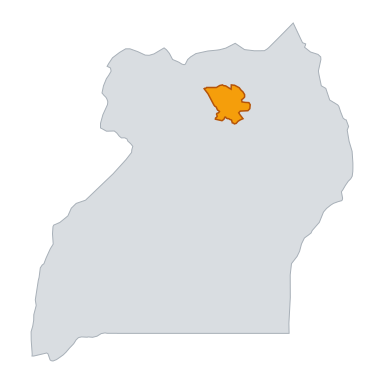 Pader on a map of Uganda (orthographic projection)
{"feature_id": "UGA-3101", "entity_name": "Pader", "entity_type": "District", "adm_level": 1, "iso_a3": "UGA", "parent_name": "Uganda", "parent_adm1": "", "projection": "orthographic", "projection_center": [32.872, 2.852], "detail": "fine", "context": "in_parent", "style": "filled", "palette": "amber", "viewbox_px": 384, "rotation_deg": 0, "n_neighbors": 0, "source": "natural_earth", "source_scale": "10m", "svg_char_len": 2979}
<svg xmlns="http://www.w3.org/2000/svg" viewBox="0 0 384 384"><path d="M289.1,333.4L282.6,333.4L272.0,333.4L261.4,333.4L250.9,333.4L240.3,333.4L229.7,333.4L219.2,333.4L208.6,333.4L198.0,333.4L187.5,333.4L176.9,333.4L166.3,333.4L155.8,333.4L145.2,333.4L134.6,333.4L124.1,333.4L113.5,333.3L107.3,333.3L106.0,333.1L105.1,332.9L101.2,333.6L97.0,336.2L92.6,337.3L88.0,336.9L87.4,337.2L85.0,337.1L81.6,336.9L78.5,337.6L76.1,339.9L73.7,343.7L69.4,348.2L66.0,352.2L63.1,355.0L56.5,359.6L53.0,361.0L51.2,360.7L50.1,359.9L48.0,353.9L46.7,353.0L33.9,356.0L32.0,356.0L32.2,354.2L31.2,340.2L31.1,331.7L32.7,326.3L33.7,320.2L33.8,314.7L36.2,305.5L35.3,299.9L38.3,280.4L39.1,277.3L40.3,267.9L42.2,265.0L43.9,263.8L46.1,258.0L50.3,248.8L53.2,244.1L52.5,233.7L53.0,226.6L53.7,225.1L59.9,222.4L67.9,215.9L71.3,208.2L76.2,203.4L85.5,200.2L113.1,173.8L126.0,159.6L131.6,152.4L131.8,149.8L132.8,146.3L130.6,143.6L127.9,141.2L127.0,139.0L124.7,137.8L121.4,137.9L119.3,136.2L116.8,133.0L114.3,131.0L106.5,131.2L100.5,127.9L100.5,123.4L102.9,114.7L107.5,104.6L107.8,101.8L107.1,99.5L106.0,97.4L104.0,95.4L102.0,93.0L103.5,85.8L106.4,78.7L108.8,75.2L111.1,71.2L110.5,68.0L107.1,66.3L108.9,63.2L112.5,57.8L119.6,52.4L125.7,48.8L129.9,48.8L137.9,51.7L145.2,55.1L149.2,55.3L154.0,53.9L164.1,47.9L166.5,49.8L169.4,53.4L172.6,59.5L178.9,62.2L181.9,64.1L184.1,64.7L185.3,64.2L187.7,59.5L190.6,56.9L195.9,53.6L207.8,51.0L216.2,50.2L219.8,49.7L225.8,48.1L235.2,43.3L244.5,49.6L254.6,50.8L264.4,50.7L267.4,48.8L269.1,47.3L279.4,37.0L293.2,23.0L302.5,42.7L305.7,43.9L305.3,45.6L304.5,47.2L310.5,52.0L318.0,54.4L320.7,56.9L320.9,59.5L318.4,71.0L318.9,74.3L321.3,85.8L325.8,88.4L329.7,100.0L337.7,104.9L338.8,106.3L340.7,112.0L343.1,118.1L345.0,119.6L346.2,119.9L348.6,126.5L347.2,130.1L349.1,141.3L352.1,151.3L352.9,163.2L352.9,168.4L352.8,171.6L352.2,176.2L350.7,178.8L348.2,181.3L345.4,185.4L342.9,189.7L341.4,191.8L342.6,198.2L342.3,199.9L341.6,200.7L338.0,201.7L333.4,203.4L330.6,205.2L326.6,208.4L323.5,212.0L319.3,222.4L312.2,230.5L311.0,233.1L304.4,238.0L301.5,243.9L299.6,251.2L297.1,256.4L291.5,263.6L290.2,274.9L290.3,297.5L288.9,323.3L289.1,333.4Z" fill="#d9dde1" stroke="#a8b0b8" stroke-width="1"/><path d="M222.0,120.7L215.4,119.2L215.5,118.1L216.4,117.4L217.2,116.4L216.9,115.1L216.5,114.1L217.0,113.3L218.5,112.8L219.5,111.6L218.7,110.7L217.6,110.1L216.9,108.7L216.3,107.2L215.6,106.6L214.8,106.2L213.9,105.0L208.0,93.8L204.1,88.7L204.7,88.3L205.9,88.2L206.6,87.5L216.4,87.5L219.7,85.5L222.5,84.9L223.5,85.6L225.7,85.9L228.9,87.9L231.1,89.2L231.3,84.9L234.7,85.3L239.2,87.7L241.1,90.2L242.9,91.8L244.6,94.6L244.6,97.0L243.4,98.4L241.6,99.8L242.0,101.9L245.1,102.4L248.9,102.6L250.2,104.7L249.8,108.7L247.9,110.7L240.3,111.1L238.7,112.8L240.1,114.9L243.0,118.7L240.4,119.8L238.0,121.3L236.2,123.4L234.3,123.9L233.5,123.1L232.3,122.9L231.5,120.0L229.9,119.5L228.8,118.7L227.4,118.6L226.3,118.1L225.6,117.1L224.8,117.2L223.9,119.3L222.0,120.7Z" fill="#f59e0b" stroke="#b45309" stroke-width="1.5"/></svg>